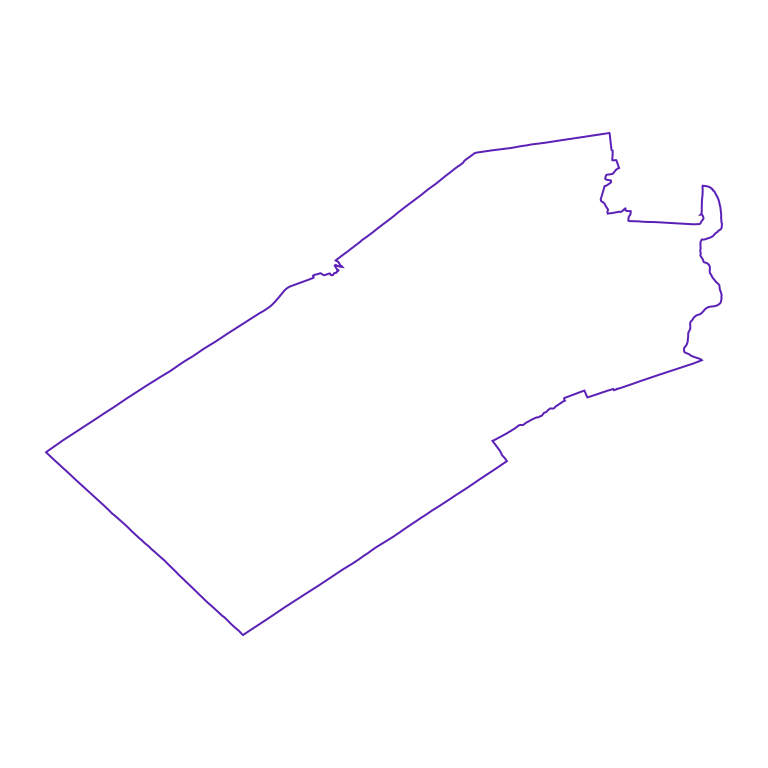 Crampoia, Olt, Romania (Robinson projection)
{"feature_id": "2599482B54660025381406", "entity_name": "Crampoia", "entity_type": "district", "adm_level": 2, "iso_a3": "ROU", "parent_name": "Romania", "parent_adm1": "Olt", "projection": "robinson", "projection_center": [24.737, 44.294], "detail": "fine", "context": "isolated", "style": "outline", "palette": "violet", "viewbox_px": 768, "rotation_deg": 0, "n_neighbors": 0, "source": "geoboundaries", "source_scale": "gbopen_adm2", "svg_char_len": 6095}
<svg xmlns="http://www.w3.org/2000/svg" viewBox="0 0 768 768"><path d="M243.0,635.0L267.5,618.9L285.3,606.9L298.7,598.3L305.0,594.2L319.8,584.8L321.5,583.6L324.3,581.8L343.3,569.1L344.7,568.3L348.3,566.1L351.8,564.0L358.2,559.8L364.4,555.4L368.0,553.1L371.0,550.8L376.4,547.1L393.3,536.7L396.6,534.4L400.1,532.1L402.1,530.6L412.5,523.5L415.7,521.5L420.9,517.9L426.9,514.1L432.1,510.5L436.4,507.9L448.1,500.3L456.0,495.0L466.2,488.5L480.6,478.7L497.1,467.8L506.9,461.1L504.5,457.8L502.1,455.3L501.6,454.5L501.4,453.6L499.9,450.8L492.5,440.9L496.0,439.2L506.9,433.3L513.3,429.4L517.4,426.6L517.9,426.0L519.0,425.3L520.5,424.9L522.6,425.1L522.9,425.0L523.5,424.7L526.3,422.6L528.7,421.4L531.5,419.7L534.6,418.3L536.6,417.4L538.6,417.3L539.3,416.9L539.9,416.3L541.2,416.0L541.8,415.6L542.2,415.2L544.0,412.9L544.6,412.6L545.3,412.5L546.6,411.7L547.0,411.4L547.9,410.2L550.0,408.6L550.4,408.4L550.8,408.4L551.9,408.6L553.5,408.5L554.3,408.0L555.5,406.6L563.4,401.3L564.9,400.7L564.4,399.9L564.2,398.1L580.1,392.1L584.4,390.6L587.3,397.3L587.6,397.4L607.5,390.7L613.3,389.0L614.0,390.2L617.1,389.1L617.1,388.8L619.6,388.3L620.6,388.0L634.5,383.2L640.6,381.0L657.3,375.4L659.6,374.6L675.7,369.3L689.7,364.7L691.7,364.1L701.9,360.2L701.5,359.7L698.9,358.5L696.9,357.9L692.6,356.4L690.9,355.6L690.2,355.0L689.2,354.3L687.1,353.4L686.7,353.3L686.1,352.9L685.2,352.6L684.8,352.3L684.2,351.7L684.0,349.3L684.0,348.7L684.5,347.6L684.5,347.3L685.5,346.4L686.1,345.6L686.7,344.5L687.7,341.6L687.8,339.5L688.1,337.5L688.3,332.5L688.9,331.7L689.1,331.2L689.8,329.9L690.2,328.8L690.3,328.4L690.3,327.3L690.1,323.5L690.4,322.7L690.5,322.1L690.6,321.8L692.2,320.1L693.0,319.0L693.7,317.7L693.9,317.4L696.0,315.7L697.4,315.0L700.0,314.2L700.5,313.9L701.1,313.5L703.1,311.6L705.0,309.2L706.9,307.9L707.8,307.3L710.4,306.6L714.0,306.3L716.7,305.6L718.0,304.9L719.3,304.0L720.3,303.1L720.6,302.6L721.1,300.8L721.6,298.8L721.4,297.5L721.6,295.3L721.6,294.9L721.2,293.5L721.0,292.7L720.0,289.8L719.7,288.7L719.5,286.3L719.3,285.3L718.8,284.5L718.5,284.1L717.3,283.0L716.0,281.9L714.2,279.6L713.0,278.2L712.3,277.2L711.1,274.7L710.0,273.2L709.7,271.4L709.7,270.5L709.9,268.2L709.9,266.9L709.1,265.1L708.8,264.6L708.2,264.1L706.6,262.9L704.4,262.4L703.7,262.0L703.4,261.2L703.1,260.0L701.9,257.9L701.0,256.7L700.4,255.5L700.7,253.3L700.6,252.4L700.2,251.2L700.6,248.1L700.4,244.3L700.5,242.3L700.8,241.5L701.5,240.0L701.8,239.5L703.3,239.6L704.8,239.4L710.7,237.4L711.8,236.8L712.7,236.2L713.6,235.4L714.3,234.4L715.9,233.0L717.3,232.1L718.1,231.0L718.5,230.7L719.6,230.1L720.9,229.0L721.3,228.4L721.6,227.7L721.9,225.3L721.9,223.8L721.9,223.4L721.5,222.6L721.4,220.6L721.3,220.0L721.1,217.7L721.2,215.8L721.2,214.5L720.3,206.8L719.6,204.2L719.2,202.0L718.2,198.8L716.5,195.3L715.7,194.2L715.1,192.7L714.6,191.9L714.3,191.3L713.6,190.6L713.0,190.5L712.3,188.9L711.6,188.8L710.3,187.4L707.2,186.3L702.8,185.7L702.4,186.6L702.6,187.6L702.7,190.6L702.5,194.9L701.9,201.1L701.7,211.9L701.6,213.3L701.3,213.8L700.6,214.6L701.9,214.4L702.8,215.8L703.4,217.5L703.5,218.1L703.4,218.6L703.3,219.1L702.9,219.6L701.5,221.3L700.5,223.2L700.1,223.7L699.5,224.0L697.1,224.2L693.2,224.3L655.5,222.1L645.9,221.9L642.3,221.7L639.4,221.4L630.1,221.1L628.6,220.9L628.4,220.7L628.3,220.0L628.6,217.4L628.9,216.7L629.3,216.0L629.8,215.4L630.2,214.7L630.6,213.4L630.7,212.9L630.7,211.2L626.7,210.9L625.6,210.5L625.5,208.5L625.3,208.4L623.3,210.0L622.4,211.1L620.5,212.0L620.1,211.8L618.7,211.8L612.6,213.0L608.6,213.5L607.7,213.6L607.5,213.0L607.5,212.4L607.5,211.6L607.9,210.2L608.0,209.8L607.7,209.0L606.2,206.8L605.0,204.6L604.3,203.4L603.7,202.7L602.3,201.9L601.1,201.0L600.8,200.0L600.7,199.4L603.4,190.4L604.5,186.3L604.9,186.0L605.6,186.0L607.1,185.1L609.8,183.3L610.7,182.6L610.9,182.2L611.0,181.7L611.0,181.1L610.9,180.6L610.5,180.3L607.1,179.9L605.9,179.3L605.3,178.9L605.2,178.5L605.3,177.9L605.6,176.7L606.1,175.3L606.9,174.7L610.5,174.3L612.8,173.8L616.1,169.7L617.5,168.7L619.1,168.0L617.0,162.1L616.5,160.8L616.1,160.1L615.5,160.1L613.2,160.4L612.7,160.3L612.3,160.1L612.2,159.3L612.4,158.1L612.7,153.7L612.6,151.4L612.7,150.8L611.5,149.8L610.4,140.4L609.7,133.8L609.3,133.0L564.2,139.8L544.1,142.9L531.1,144.5L526.5,145.4L521.3,146.1L512.7,147.7L509.3,148.2L491.7,150.4L476.7,152.6L475.8,152.8L474.5,153.2L473.0,154.4L465.3,160.0L464.3,160.8L464.0,161.5L463.0,162.8L460.9,164.4L459.5,165.5L457.7,166.5L456.3,167.6L452.4,170.6L450.7,172.0L445.6,175.9L436.0,183.7L428.2,189.3L420.6,195.4L405.4,206.8L398.3,212.3L393.3,216.5L386.5,221.7L381.9,225.1L377.7,228.3L372.8,232.3L364.7,238.3L362.1,240.0L360.1,241.9L350.5,249.2L346.8,252.1L344.1,254.0L335.7,260.4L336.7,261.1L338.2,261.8L340.0,264.8L340.6,265.5L341.8,266.3L342.4,267.0L340.7,266.8L338.6,266.3L338.4,266.1L337.4,265.9L335.8,264.9L334.9,265.4L334.7,265.6L334.8,266.0L335.5,266.8L336.8,269.1L337.2,269.5L338.0,269.8L338.4,270.1L338.5,270.5L338.2,270.8L337.1,271.2L336.8,271.5L336.8,272.1L336.6,272.5L335.8,272.9L334.5,273.0L334.2,273.2L333.2,274.8L332.5,275.1L331.5,275.2L330.8,275.0L330.5,274.7L330.2,273.7L329.4,273.5L328.8,273.6L327.3,274.2L324.9,275.1L324.1,275.2L323.4,275.0L321.3,273.7L320.4,273.2L318.4,273.9L314.4,274.9L313.0,275.7L313.2,276.5L313.7,277.1L313.5,277.8L309.6,279.3L290.0,286.5L288.6,287.2L286.0,289.0L284.2,290.8L278.2,298.1L274.5,302.3L271.6,305.2L270.8,306.0L269.8,306.7L266.1,309.3L263.5,311.0L258.9,313.6L242.3,324.2L226.2,334.5L219.5,339.0L214.4,342.3L204.2,348.5L193.1,356.1L185.6,360.6L178.3,365.4L176.4,366.8L169.7,371.4L160.3,377.0L155.8,379.9L146.9,385.4L126.5,398.6L113.2,407.6L106.7,411.7L93.9,420.2L63.0,440.3L48.0,450.8L46.1,452.3L54.8,460.5L68.5,473.0L75.6,479.7L98.1,500.2L103.2,504.8L109.5,510.8L111.4,512.9L112.3,513.7L114.1,515.0L126.1,525.6L129.7,529.1L131.4,530.9L139.2,538.1L141.4,539.9L144.7,543.1L148.8,546.4L151.0,548.7L156.3,553.3L158.5,555.3L164.6,560.6L166.9,563.0L177.1,573.0L178.6,574.7L183.8,579.5L185.6,581.4L191.9,587.3L194.0,589.4L206.6,601.6L208.7,603.5L213.4,607.6L222.1,615.7L222.8,616.2L224.5,617.4L231.2,624.1L235.1,627.7L239.0,630.9L241.8,634.0L243.0,635.0Z" fill="none" stroke="#5b21b6" stroke-width="2"/></svg>